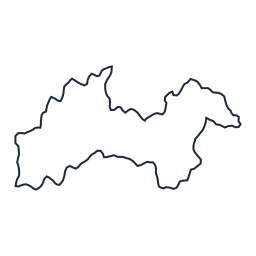 Maria da Fé, Minas Gerais, Brazil (Equal Earth projection)
{"feature_id": "56859067B31532504682231", "entity_name": "Maria da Fé", "entity_type": "district", "adm_level": 2, "iso_a3": "BRA", "parent_name": "Brazil", "parent_adm1": "Minas Gerais", "projection": "equal_earth", "projection_center": [-45.308, -22.318], "detail": "fine", "context": "isolated", "style": "outline", "palette": "slate", "viewbox_px": 256, "rotation_deg": 0, "n_neighbors": 0, "source": "geoboundaries", "source_scale": "gbopen_adm2", "svg_char_len": 2760}
<svg xmlns="http://www.w3.org/2000/svg" viewBox="0 0 256 256"><path d="M72.0,78.7L70.2,80.2L68.8,82.3L66.8,83.9L64.2,86.6L63.3,94.0L62.1,98.2L60.5,101.2L57.9,100.6L54.6,98.4L51.2,96.9L49.7,99.3L48.6,102.0L47.0,105.7L46.0,111.6L43.2,112.7L41.7,115.0L41.2,118.3L40.9,121.4L40.9,124.4L40.3,127.7L37.4,127.5L34.7,128.2L32.7,129.8L29.9,131.2L26.9,132.3L24.7,133.5L21.7,133.1L18.2,133.1L15.4,136.2L15.4,142.9L18.3,146.3L18.9,151.3L19.0,154.8L17.9,158.5L17.2,162.3L18.4,166.0L19.1,170.6L19.1,175.7L17.0,179.4L16.2,182.5L15.6,186.0L18.4,186.5L21.2,185.3L23.3,184.6L26.1,184.3L29.2,185.5L31.8,187.1L33.7,188.7L36.2,189.5L39.5,187.6L42.3,184.4L44.2,179.1L46.7,176.4L49.0,177.5L51.3,179.3L53.2,180.7L54.7,182.8L56.6,184.4L59.5,184.9L61.5,182.5L63.0,180.3L64.3,176.2L65.1,171.3L66.7,167.6L69.7,165.9L72.6,167.3L75.6,168.7L78.0,167.2L79.7,165.2L81.5,163.3L84.6,161.7L87.8,159.3L89.5,157.1L91.9,154.5L94.8,152.9L97.1,150.8L100.6,150.8L102.8,153.7L104.0,157.2L106.7,157.1L110.2,156.2L114.0,155.2L116.9,156.7L120.2,156.9L123.1,156.9L125.9,158.0L129.4,158.8L133.1,161.2L135.5,163.8L137.6,166.0L140.9,165.0L144.5,163.1L147.2,161.8L150.1,162.4L153.0,162.3L155.4,165.4L156.0,169.2L155.9,173.3L157.4,177.7L158.1,182.8L158.8,186.4L161.0,187.6L163.5,188.4L166.2,187.2L169.8,187.6L173.5,188.9L176.6,187.7L178.5,184.5L179.8,181.4L182.9,180.6L187.1,180.4L188.6,176.9L189.7,173.5L190.8,169.7L194.2,168.7L197.5,166.1L200.6,163.6L200.9,159.6L198.3,156.6L196.6,154.5L194.5,151.9L193.4,148.9L193.6,144.9L194.5,141.9L195.2,139.1L197.4,136.6L199.6,133.8L202.4,130.5L204.3,126.8L205.8,122.0L206.3,117.8L209.3,119.6L213.4,121.2L216.2,124.4L219.9,124.9L222.3,126.2L224.8,127.5L227.9,126.2L232.2,125.7L235.4,127.3L238.6,127.0L240.6,124.1L238.5,121.2L238.8,116.9L236.4,115.3L233.5,115.3L231.6,113.2L230.5,110.5L228.4,108.7L226.3,104.8L225.3,100.9L224.2,96.4L221.2,93.9L218.4,92.9L215.4,92.6L212.7,92.3L210.6,90.0L208.0,88.1L205.0,88.1L201.7,88.1L199.6,84.5L197.5,81.7L194.5,80.3L190.5,79.0L187.6,82.5L184.3,84.2L182.5,87.3L180.9,90.6L178.8,93.7L177.0,95.4L173.5,95.1L172.3,91.6L169.4,92.9L167.1,95.1L165.1,97.1L164.8,100.4L166.4,103.0L165.8,107.0L164.9,111.5L162.6,114.4L160.0,113.9L157.0,113.1L154.3,113.9L152.0,115.1L149.2,116.9L146.5,118.3L144.8,120.7L142.4,119.0L139.9,115.8L137.6,112.7L135.0,110.6L132.6,109.3L130.4,109.0L128.1,110.5L125.2,112.7L123.0,110.8L120.9,107.6L118.3,106.8L116.0,108.4L113.9,110.0L110.8,110.0L109.6,106.3L110.1,103.2L109.6,98.7L107.1,95.7L105.8,92.3L105.2,88.7L105.2,83.9L106.7,80.7L108.0,78.4L109.9,75.7L111.3,72.6L111.6,69.6L111.9,66.5L109.0,67.0L106.2,68.4L104.0,69.1L101.9,70.6L100.6,73.2L99.3,75.6L96.9,76.2L94.3,74.8L91.4,73.7L88.9,76.9L87.7,79.8L87.1,83.8L84.4,85.4L81.7,84.4L78.3,82.7L75.0,80.5L72.0,78.7Z" fill="none" stroke="#1e293b" stroke-width="2"/></svg>